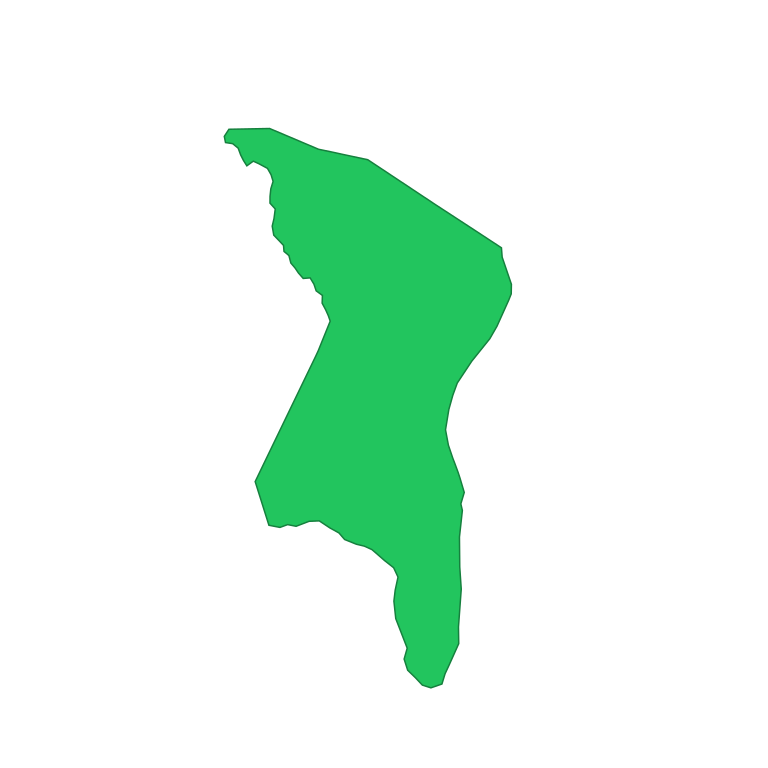 Porto, Piauí, Brazil (Mercator projection), rotated 155°
{"feature_id": "56859067B55795735000748", "entity_name": "Porto", "entity_type": "district", "adm_level": 2, "iso_a3": "BRA", "parent_name": "Brazil", "parent_adm1": "Piauí", "projection": "mercator", "projection_center": [-42.697, -3.945], "detail": "fine", "context": "isolated", "style": "filled", "palette": "green", "viewbox_px": 768, "rotation_deg": 155, "n_neighbors": 0, "source": "geoboundaries", "source_scale": "gbopen_adm2", "svg_char_len": 1379}
<svg xmlns="http://www.w3.org/2000/svg" viewBox="0 0 768 768"><g transform="rotate(155 384 384)"><path d="M354.9,266.6L354.2,272.4L353.4,281.9L353.0,287.7L351.5,301.3L347.6,316.5L336.0,333.5L326.3,344.8L317.2,353.9L294.8,367.6L269.0,380.3L257.2,388.6L235.5,407.3L230.6,411.9L226.4,420.5L223.3,449.0L220.0,457.8L236.0,483.7L261.5,524.7L303.9,594.1L324.3,609.5L331.9,615.3L344.1,624.4L368.5,651.5L379.7,663.9L416.9,680.4L424.1,675.9L425.6,669.8L419.6,665.8L416.5,659.4L417.1,652.2L416.9,646.0L416.1,639.7L408.3,641.2L404.3,636.5L398.5,628.7L397.9,621.4L398.9,614.5L404.1,608.7L408.0,602.2L410.9,596.1L408.6,588.6L413.8,580.4L418.6,574.3L421.0,565.5L418.6,558.5L416.5,552.1L418.6,546.4L415.9,540.6L417.3,533.0L415.6,526.8L414.6,520.6L412.6,513.8L406.1,511.4L405.3,504.1L406.1,497.1L402.4,490.3L405.9,483.4L405.5,475.8L405.6,469.4L406.2,463.7L429.7,441.8L434.1,438.1L520.1,367.9L542.0,350.0L548.0,304.6L538.9,298.0L530.8,297.3L523.8,292.2L509.9,291.2L500.5,287.3L493.8,276.3L487.8,268.1L485.4,259.7L476.8,250.5L470.4,245.4L464.9,239.0L458.1,223.7L452.9,213.4L452.9,203.1L461.0,192.4L466.8,183.0L472.5,166.4L474.6,134.8L482.0,126.2L483.5,114.6L479.8,104.9L476.5,94.9L469.9,88.8L458.3,87.6L451.1,95.6L443.7,101.8L426.0,117.1L419.2,132.3L400.7,165.4L392.7,186.1L380.3,213.4L366.4,236.3L365.0,242.9L357.1,251.8L354.9,266.6Z" fill="#22c55e" stroke="#15803d" stroke-width="1.5"/></g></svg>